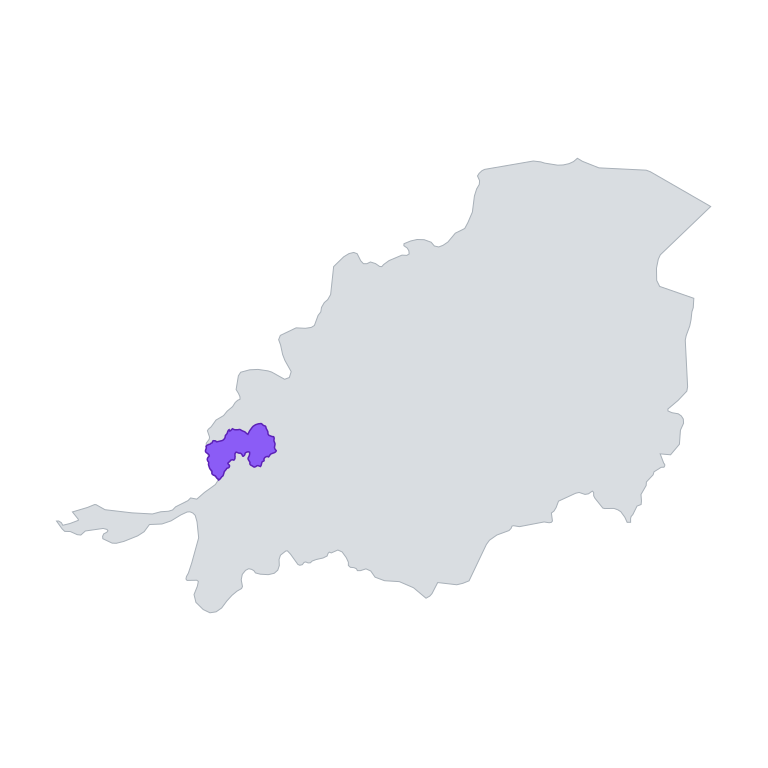 Afghanistan, with Nuristan highlighted, rotated 189°
{"feature_id": "AFG-1761", "entity_name": "Nuristan", "entity_type": "Province", "adm_level": 1, "iso_a3": "AFG", "parent_name": "Afghanistan", "parent_adm1": "", "projection": "equal_earth", "projection_center": [70.816, 35.467], "detail": "fine", "context": "in_parent", "style": "filled", "palette": "violet", "viewbox_px": 768, "rotation_deg": 189, "n_neighbors": 0, "source": "natural_earth", "source_scale": "10m", "svg_char_len": 6891}
<svg xmlns="http://www.w3.org/2000/svg" viewBox="0 0 768 768"><g transform="rotate(189 384 384)"><path d="M337.9,191.2L352.7,189.8L362.6,191.8L367.8,197.2L372.9,198.6L378.0,196.0L381.1,195.5L382.3,197.2L384.8,197.9L388.6,197.7L390.8,199.2L391.3,202.4L394.1,206.6L399.1,211.6L403.6,212.8L409.7,208.9L411.7,209.4L412.7,208.1L413.3,205.2L417.0,202.6L423.6,200.0L427.4,197.8L428.7,195.9L431.0,195.4L433.4,196.0L435.1,195.3L436.4,192.8L438.8,191.8L440.8,192.3L449.8,201.4L453.3,204.1L454.9,203.7L459.5,198.7L460.2,194.2L459.0,188.3L459.8,183.5L462.8,179.9L468.4,177.6L476.4,176.8L481.4,177.3L483.2,179.2L485.6,180.2L488.7,180.4L491.6,178.3L494.2,173.8L494.4,168.3L492.1,161.8L492.7,159.7L496.8,156.4L501.1,151.5L505.3,145.1L509.3,137.4L514.2,132.7L520.1,130.8L527.2,132.9L535.6,138.9L538.7,146.3L536.7,155.1L536.5,160.0L538.2,160.9L547.8,159.2L549.1,160.4L549.0,162.9L547.6,166.7L545.9,177.2L543.0,203.1L547.1,218.6L549.9,224.7L552.7,226.7L555.6,227.4L558.4,226.8L564.2,222.9L572.9,215.5L581.4,211.0L593.7,208.5L597.8,200.6L603.5,195.5L616.4,187.8L623.5,184.8L627.6,184.3L637.5,187.2L638.1,189.5L637.4,192.1L634.6,194.2L633.7,195.8L634.8,197.0L638.8,197.4L656.0,192.1L659.8,187.4L663.4,187.2L670.7,189.2L676.3,188.5L679.3,190.6L686.0,197.4L683.9,197.8L680.9,196.5L679.2,194.2L672.3,197.1L664.6,201.5L664.8,202.6L671.7,208.9L657.5,215.7L651.1,219.6L649.6,219.8L639.9,216.2L612.8,217.3L592.4,219.4L584.5,222.9L577.0,224.6L573.1,226.5L570.6,230.1L559.3,238.2L557.2,241.2L550.9,241.0L544.4,248.8L534.8,258.3L532.9,262.7L534.3,265.0L539.4,268.4L541.7,271.6L545.3,280.7L546.8,287.2L549.1,290.0L550.3,297.7L548.0,302.1L548.0,304.3L551.1,310.2L550.4,311.9L548.0,314.7L544.3,322.1L537.5,327.7L534.7,332.6L530.0,338.0L528.0,342.6L525.9,345.1L523.8,346.4L524.3,348.9L526.2,351.9L529.2,355.4L529.1,369.3L527.4,373.2L518.9,377.0L510.7,378.7L500.6,378.8L496.8,378.2L482.9,373.1L478.5,375.6L477.6,381.7L485.5,391.7L488.7,397.2L492.3,406.5L495.0,411.3L494.0,415.8L479.6,425.7L470.4,426.7L464.7,428.5L461.9,430.9L459.8,441.5L457.7,445.3L457.7,449.9L455.7,455.1L452.8,458.5L450.7,464.0L452.1,492.1L443.7,503.3L439.0,507.3L434.5,509.2L430.9,508.5L426.3,502.1L423.1,499.6L419.8,500.1L416.5,502.4L411.2,501.6L406.7,499.4L404.5,499.6L403.1,501.9L398.3,506.7L386.4,514.1L381.6,514.6L379.5,516.4L380.3,519.5L382.3,521.9L386.0,523.7L386.2,525.7L380.1,529.4L373.9,531.9L366.9,532.8L359.6,531.4L355.9,528.2L351.4,527.9L347.4,530.2L343.1,534.2L337.2,544.1L328.6,550.2L326.4,556.5L323.6,567.6L324.1,583.9L323.0,591.2L321.1,596.0L321.4,599.8L324.2,604.1L323.0,606.9L320.6,610.0L318.2,611.7L271.4,627.6L263.8,627.9L259.9,627.3L246.7,627.3L241.2,628.4L235.7,630.6L231.6,633.3L228.3,637.2L222.9,635.0L205.6,631.1L158.5,636.2L154.1,635.3L89.1,610.4L131.3,554.8L132.6,550.2L133.0,541.1L130.9,529.0L127.0,523.5L91.4,517.1L90.5,507.7L91.2,503.5L90.8,495.4L91.1,489.2L93.1,479.0L93.3,474.4L83.7,428.8L83.8,424.3L90.9,413.9L99.7,403.7L99.3,401.8L95.1,400.7L88.7,400.6L85.4,399.0L82.9,396.2L82.0,392.1L84.0,384.8L82.8,370.7L89.9,358.9L100.3,358.2L95.3,349.5L94.2,348.6L93.9,347.1L94.5,345.6L97.2,345.1L103.6,339.5L104.0,336.4L109.5,328.3L109.2,324.7L112.9,315.1L111.4,308.7L111.2,305.2L115.0,303.0L117.8,294.0L119.2,291.8L119.4,289.7L118.8,286.0L122.2,285.4L125.3,290.1L130.1,294.9L133.3,296.3L137.4,297.1L146.6,295.5L148.5,295.7L157.8,304.2L159.4,306.4L160.0,309.8L161.5,310.8L164.9,307.5L168.2,306.4L174.3,307.4L177.6,306.1L193.3,295.6L194.7,288.8L196.3,285.0L198.5,282.8L196.2,275.0L197.1,273.5L199.2,272.8L204.3,272.8L227.9,264.3L234.0,264.3L235.4,263.6L235.9,261.3L237.6,258.8L248.9,252.5L255.4,246.2L257.8,241.5L269.2,202.9L274.9,199.5L280.7,197.1L299.9,196.3L303.8,184.5L305.6,181.7L309.0,179.0L323.0,187.4L337.9,191.2Z" fill="#d9dde1" stroke="#a8b0b8" stroke-width="1"/><path d="M532.2,263.3L532.3,263.5L532.7,264.0L534.2,264.8L534.8,265.3L535.9,266.6L537.0,267.1L538.2,267.3L539.4,267.9L540.0,268.7L540.2,270.5L540.6,271.3L542.5,272.8L543.1,273.6L544.5,276.3L544.8,277.1L544.8,277.7L544.8,278.2L544.8,278.7L545.0,279.3L545.2,279.7L545.9,280.2L546.1,280.5L546.7,281.5L546.8,282.4L546.6,283.5L545.9,284.5L545.3,285.6L545.7,286.5L546.6,287.3L548.9,288.5L549.6,289.1L549.9,289.9L549.9,290.9L549.6,291.9L549.5,293.0L549.7,294.2L550.0,294.6L549.7,295.2L549.4,295.5L549.0,295.9L548.1,296.6L547.6,296.9L546.7,297.2L546.3,297.4L546.0,298.0L545.8,298.3L544.8,298.8L544.6,299.1L544.5,299.5L544.1,301.0L543.7,301.3L541.9,301.5L541.1,301.3L540.5,300.7L539.9,300.8L535.0,302.8L533.9,303.7L533.3,304.6L532.8,305.6L532.6,306.4L532.6,308.4L531.7,309.7L531.5,310.1L531.2,310.7L530.9,312.7L530.5,313.8L530.3,314.2L529.8,314.6L529.5,313.8L529.3,313.6L529.1,313.4L528.7,313.6L528.3,313.9L526.7,316.1L525.4,315.7L525.1,315.6L524.5,315.5L523.8,315.5L521.0,316.0L520.5,316.2L520.0,316.4L519.5,316.5L519.0,316.5L516.7,315.6L514.8,315.2L514.1,315.0L513.3,314.6L512.1,313.7L510.6,313.0L509.6,316.1L509.3,316.9L507.4,320.6L506.6,321.8L504.6,323.6L504.1,323.9L501.9,325.0L499.7,325.6L499.1,325.7L498.5,325.5L496.6,324.2L494.7,323.9L494.2,323.5L493.3,321.5L492.4,320.4L491.3,318.8L490.7,316.4L489.6,315.3L486.3,314.6L484.8,314.7L484.5,314.3L484.0,313.4L483.9,311.2L483.8,310.7L483.5,310.1L482.4,308.2L482.2,307.2L482.3,304.3L482.1,303.7L481.7,302.9L480.0,301.3L480.1,300.6L480.5,300.0L480.9,299.5L481.6,299.0L484.7,297.3L485.7,295.8L485.9,295.2L486.6,293.9L486.8,293.9L487.1,294.0L487.5,294.2L488.1,294.1L489.0,293.8L489.7,293.2L490.3,292.6L490.6,291.9L490.8,291.3L490.9,290.9L490.8,290.6L490.6,290.4L490.5,290.1L490.5,289.5L490.6,289.2L490.9,289.0L491.9,288.4L492.2,287.9L492.4,287.1L492.6,284.5L493.1,283.2L495.7,283.7L496.7,283.4L497.7,282.4L498.2,282.1L498.9,281.7L499.5,281.7L499.9,281.8L501.1,282.4L503.0,283.1L503.4,283.4L503.7,283.7L503.9,284.0L504.0,284.3L504.1,285.1L504.1,285.5L504.3,285.9L506.1,288.0L506.4,288.5L506.6,288.9L506.6,289.4L506.6,289.8L506.5,290.2L506.1,291.3L505.9,292.2L505.8,292.7L505.8,293.6L505.8,294.1L505.9,294.9L506.1,295.6L507.5,295.8L508.6,295.4L509.5,294.8L509.9,294.5L510.2,294.1L510.3,293.8L510.4,293.6L510.4,293.3L510.4,293.0L510.4,292.5L510.6,292.0L511.3,291.0L511.7,290.6L512.1,290.6L512.4,290.8L513.2,292.0L513.9,292.7L515.1,293.2L516.5,293.0L518.6,293.5L519.2,293.6L519.5,293.5L519.6,293.2L520.1,292.4L520.2,292.1L520.3,291.7L520.2,291.3L520.1,290.6L520.0,289.9L520.0,289.6L519.7,289.0L519.7,288.7L519.7,288.1L519.7,287.8L519.6,287.4L519.6,287.1L519.7,286.6L520.1,285.7L520.3,285.4L520.6,285.3L520.9,285.3L521.2,285.4L522.0,285.5L523.5,284.7L524.3,283.2L525.5,282.0L525.7,281.6L525.8,281.2L525.6,280.9L525.3,280.6L525.0,280.3L524.1,279.7L523.9,279.4L523.7,278.7L523.9,277.9L524.0,277.4L524.3,277.0L524.5,276.9L525.1,276.6L525.7,276.3L526.0,276.1L526.2,275.8L526.5,275.0L527.7,273.0L528.0,272.5L528.1,271.9L528.2,270.9L528.5,268.8L528.7,268.2L528.9,267.8L529.4,267.3L529.8,266.9L530.1,266.3L530.7,265.1L531.1,264.5L531.6,263.9L532.2,263.3L532.2,263.3Z" fill="#8b5cf6" stroke="#5b21b6" stroke-width="1.5"/></g></svg>